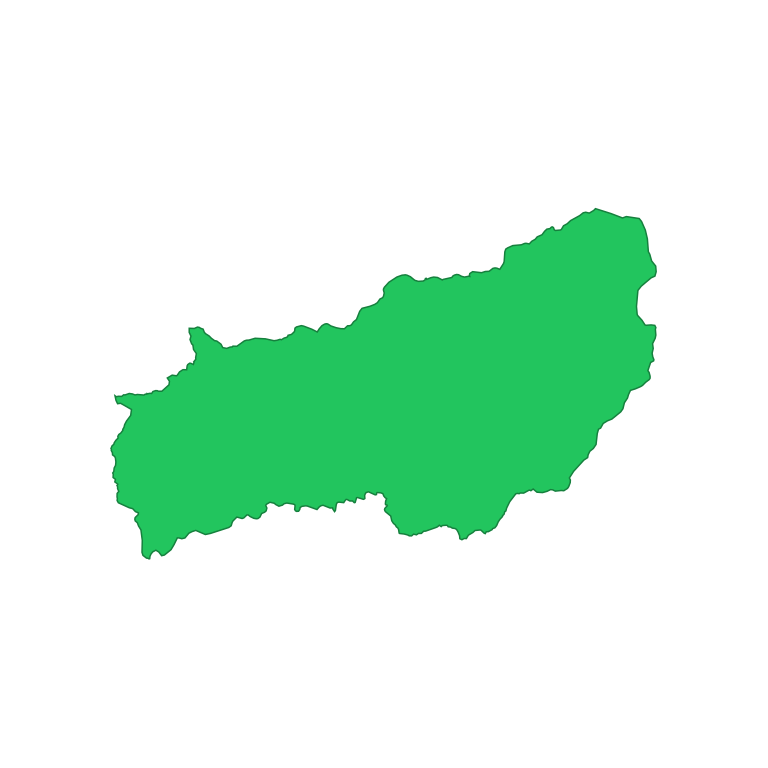 outline of Timaná, Huila, Colombia, rotated 206°
{"feature_id": "7082276B8755035279913", "entity_name": "Timaná", "entity_type": "district", "adm_level": 2, "iso_a3": "COL", "parent_name": "Colombia", "parent_adm1": "Huila", "projection": "orthographic", "projection_center": [-75.889, 1.95], "detail": "fine", "context": "isolated", "style": "filled", "palette": "green", "viewbox_px": 768, "rotation_deg": 206, "n_neighbors": 0, "source": "geoboundaries", "source_scale": "gbopen_adm2", "svg_char_len": 6171}
<svg xmlns="http://www.w3.org/2000/svg" viewBox="0 0 768 768"><g transform="rotate(206 384 384)"><path d="M270.8,634.3L271.6,631.9L274.4,627.6L278.0,626.8L280.0,625.2L281.9,621.2L287.9,612.7L289.6,608.3L292.0,604.9L292.3,600.9L292.8,599.8L297.3,597.1L298.5,597.2L300.3,598.9L301.6,599.0L302.3,598.4L303.0,596.4L305.5,594.6L306.6,591.7L307.4,587.4L310.8,583.4L311.5,580.4L313.8,577.0L314.8,573.6L318.1,572.7L319.3,571.9L321.6,569.3L328.9,564.9L332.5,560.6L333.7,558.6L333.3,555.7L329.7,546.8L329.4,544.7L330.2,537.8L333.3,537.6L335.1,537.0L336.8,535.7L338.9,531.4L342.3,529.5L345.1,526.8L353.6,523.8L355.3,520.9L354.9,519.1L354.1,518.3L355.1,518.0L358.5,515.4L361.4,514.8L364.9,514.9L366.7,514.3L368.5,512.7L369.5,511.1L369.7,509.5L376.6,504.0L377.2,503.1L382.6,503.2L386.2,501.9L388.5,500.1L391.5,496.8L392.3,497.5L393.0,497.0L392.8,495.4L393.9,493.7L398.2,491.3L401.8,490.7L407.3,492.0L411.0,491.9L412.6,491.5L415.5,489.7L419.3,485.8L424.2,477.6L426.1,471.0L426.1,469.2L425.7,468.2L423.7,465.9L422.9,462.5L423.1,460.9L424.9,458.6L425.6,454.2L427.2,451.5L430.7,447.7L436.9,442.4L437.7,438.7L437.0,429.9L438.6,426.5L439.2,422.8L440.3,421.4L442.3,420.3L443.8,416.3L447.1,414.8L451.7,413.6L457.2,412.9L460.9,413.3L462.4,412.8L463.7,411.7L465.3,409.3L466.4,405.2L466.8,401.5L472.9,401.6L481.6,400.8L483.9,400.2L487.7,396.9L488.5,395.2L487.6,392.7L487.6,391.5L488.9,388.0L491.6,385.7L491.4,384.7L491.9,383.3L493.9,381.5L495.6,378.8L497.0,378.6L499.3,376.4L501.8,374.7L510.4,372.6L519.9,368.6L524.6,364.3L526.9,363.0L528.5,361.4L532.8,353.4L536.4,351.8L536.6,350.9L538.5,349.7L540.9,347.1L544.9,346.0L547.9,348.3L553.1,349.3L555.3,348.7L559.1,349.4L562.2,350.5L566.5,351.0L568.3,351.8L570.6,354.0L573.3,353.7L574.8,353.9L576.6,353.4L578.8,350.8L583.5,348.7L581.7,345.0L578.5,342.4L577.8,338.9L574.5,335.8L572.8,335.2L570.3,331.5L566.0,329.1L564.8,325.0L564.0,323.8L564.7,320.7L564.4,320.7L563.9,318.0L566.8,317.9L567.8,317.5L568.9,315.4L568.9,314.0L567.6,310.3L570.9,308.8L571.7,307.6L573.1,305.2L573.6,301.5L574.1,300.4L578.3,299.1L581.4,294.4L578.0,292.4L576.9,289.0L580.5,280.1L583.6,278.6L584.9,278.6L586.4,277.9L588.4,275.9L588.7,273.6L590.2,273.1L592.4,271.4L592.9,271.5L592.9,270.8L594.1,270.2L595.0,268.8L601.0,266.5L603.0,265.0L605.7,264.8L608.8,263.8L611.9,260.7L613.3,260.1L614.3,257.9L617.4,256.5L619.0,255.2L620.6,255.5L617.7,251.8L614.8,249.5L612.3,251.2L599.8,250.4L597.9,244.7L599.2,237.7L599.3,233.8L598.7,231.1L598.9,228.8L598.4,227.8L599.1,224.4L600.2,222.4L600.3,220.3L599.3,218.8L600.3,215.9L600.7,213.0L600.4,211.3L601.3,209.3L601.1,206.3L600.4,205.9L600.0,204.7L598.0,203.2L596.9,201.3L594.4,200.8L593.1,199.9L590.8,196.4L589.6,193.2L589.7,190.2L588.5,186.9L588.8,185.1L587.8,184.2L586.5,181.2L583.6,180.6L583.0,178.0L579.6,177.4L579.2,177.0L579.5,175.7L578.4,174.9L577.6,173.2L575.3,171.2L575.9,168.7L574.4,165.4L573.5,164.3L572.8,162.3L570.7,160.8L558.7,161.1L555.3,161.8L551.4,160.3L548.3,160.6L547.7,158.8L549.1,154.9L548.7,153.3L547.6,151.9L544.9,151.2L542.4,148.8L538.5,146.3L532.7,137.5L527.7,126.6L525.5,124.3L521.2,123.4L519.7,123.9L518.5,123.8L518.0,124.3L518.8,126.5L518.9,128.9L518.3,131.7L516.2,134.6L512.8,134.3L508.6,132.2L506.4,134.0L502.8,141.7L502.3,147.6L502.3,155.1L500.7,155.8L497.9,156.3L495.4,158.4L494.0,164.3L491.8,167.2L489.0,169.9L478.6,170.4L474.5,173.6L460.6,187.0L459.2,189.6L459.8,193.1L459.7,194.7L457.9,199.9L452.6,200.9L451.3,202.2L449.8,206.2L448.6,206.8L446.3,206.2L442.2,206.2L439.7,206.9L438.4,207.7L437.2,209.9L437.2,214.0L435.1,216.4L434.3,218.3L434.9,221.2L437.1,223.0L436.9,224.4L434.7,227.7L430.4,228.7L428.4,228.2L424.9,228.1L422.2,230.6L421.3,232.6L419.2,234.4L412.9,236.3L411.4,236.4L410.6,235.7L409.3,232.1L408.0,231.2L406.7,231.2L405.0,232.2L404.7,234.2L405.2,236.2L404.2,238.0L401.1,240.1L399.5,240.7L389.2,241.8L388.4,244.9L387.5,246.7L385.7,248.3L378.1,248.9L375.9,250.1L375.2,249.2L372.5,247.6L372.2,248.9L374.0,254.6L374.2,256.2L373.7,257.3L372.7,258.1L368.2,259.7L367.8,262.6L367.4,263.7L366.6,264.0L363.4,263.9L361.0,265.1L358.7,264.3L358.0,264.9L358.8,269.8L357.9,270.4L352.0,271.3L351.2,272.2L351.0,272.7L352.5,275.3L352.7,276.7L352.5,278.6L350.7,280.3L343.3,280.5L342.3,281.3L342.8,282.7L342.6,283.4L339.4,284.7L338.0,284.9L336.7,284.8L335.2,283.3L333.1,282.3L331.4,282.1L331.2,279.5L330.2,276.8L329.6,276.2L328.5,276.6L327.7,276.0L328.7,272.6L328.5,271.4L327.8,270.6L326.8,269.9L320.1,268.3L317.1,264.5L314.3,262.8L312.3,262.4L310.2,261.0L308.5,260.7L307.1,259.6L305.0,256.6L304.4,256.5L300.1,258.0L296.5,258.7L294.8,258.6L292.6,259.6L291.6,262.0L288.7,262.7L287.5,264.8L284.9,266.1L283.8,269.1L282.1,270.0L274.4,277.8L273.3,279.1L272.4,281.3L270.1,280.9L269.5,282.4L266.0,284.4L265.0,284.6L263.7,283.8L261.5,284.6L259.5,284.4L256.6,285.3L254.9,285.0L252.7,283.6L249.6,280.8L248.0,278.2L245.7,278.2L244.3,280.2L242.2,281.2L241.9,285.1L239.0,289.5L238.0,292.2L233.5,295.0L232.7,295.1L228.6,293.8L227.4,293.9L227.3,296.0L225.5,297.0L223.0,300.5L223.0,301.6L221.3,303.4L220.7,306.1L220.9,310.1L220.5,313.2L219.4,316.8L219.7,317.6L219.0,319.5L219.5,322.2L218.8,323.3L219.4,326.2L219.4,333.3L217.4,343.1L216.2,344.1L214.4,344.7L213.7,345.8L210.6,347.2L207.2,352.0L206.4,352.5L205.2,352.5L203.9,355.0L199.1,353.8L193.9,355.9L190.4,359.0L188.0,362.1L186.0,362.8L183.1,362.8L178.0,366.0L175.6,366.9L173.3,370.6L173.0,372.7L173.4,377.0L174.4,379.4L176.2,380.8L175.3,388.6L171.0,403.3L168.7,407.1L169.5,409.9L169.5,413.8L167.6,417.8L166.9,422.6L170.6,433.0L171.4,437.4L170.0,439.3L169.7,444.6L167.0,448.9L163.8,452.4L159.0,462.8L158.4,466.5L159.7,472.5L159.0,478.1L159.6,481.7L159.7,486.3L155.9,489.9L152.2,494.2L151.0,496.1L149.6,500.2L147.5,504.4L147.4,505.9L148.3,507.7L150.8,510.6L152.7,511.7L153.8,520.2L151.8,523.0L152.1,524.2L154.3,526.2L156.5,529.2L157.6,533.9L160.3,538.0L160.3,544.0L161.1,547.1L164.1,552.2L164.4,553.9L166.3,555.4L169.8,554.2L174.3,551.6L175.3,551.5L180.1,554.4L186.1,556.8L187.0,557.6L191.1,564.4L196.8,579.4L195.7,584.6L193.7,589.2L190.4,596.6L187.8,599.7L188.6,604.2L191.5,609.1L197.4,611.9L202.0,617.1L204.4,618.8L210.9,629.9L216.6,636.9L223.8,643.0L227.2,644.6L239.6,640.7L242.4,637.8L254.6,636.7L270.8,634.3Z" fill="#22c55e" stroke="#15803d" stroke-width="1.5"/></g></svg>